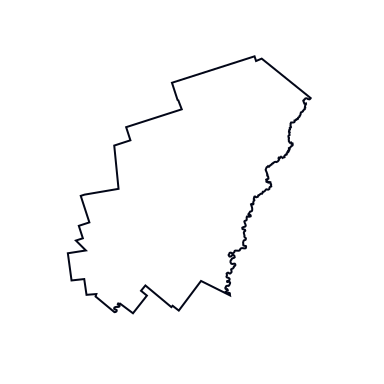 Salavina, Santiago del Estero, Argentina, rotated 252°
{"feature_id": "61730980B95866867056524", "entity_name": "Salavina", "entity_type": "district", "adm_level": 2, "iso_a3": "ARG", "parent_name": "Argentina", "parent_adm1": "Santiago del Estero", "projection": "albers", "projection_center": [-63.402, -28.927], "detail": "fine", "context": "isolated", "style": "outline", "palette": "ink", "viewbox_px": 384, "rotation_deg": 252, "n_neighbors": 0, "source": "geoboundaries", "source_scale": "gbopen_adm2", "svg_char_len": 6068}
<svg xmlns="http://www.w3.org/2000/svg" viewBox="0 0 384 384"><g transform="rotate(252 192 192)"><path d="M101.7,81.1L101.5,82.1L101.7,83.1L102.3,83.7L103.1,83.8L103.8,83.1L104.3,82.3L104.9,81.9L105.5,82.1L106.1,82.6L106.2,83.7L106.0,85.1L105.6,85.8L105.4,87.0L105.7,87.7L106.5,88.0L107.1,87.9L107.6,86.9L108.2,86.7L108.8,87.4L108.0,88.3L108.1,89.1L94.9,98.4L107.4,117.1L113.8,113.0L117.5,118.8L88.9,136.8L89.8,138.4L83.3,142.8L104.6,173.1L81.9,196.2L82.7,196.3L83.2,196.6L84.2,196.6L84.5,196.2L84.7,195.8L84.8,194.8L85.3,193.3L85.7,192.9L86.2,192.9L86.7,193.1L86.8,193.7L87.1,194.5L87.2,195.6L87.9,195.7L88.4,195.6L88.8,195.4L88.9,194.9L89.3,194.2L89.6,194.0L90.3,194.0L90.7,194.2L91.0,194.8L91.6,195.0L91.9,195.5L92.0,196.5L91.6,197.2L91.4,197.8L91.9,198.7L92.5,199.1L93.1,199.8L93.9,200.2L94.6,200.1L95.1,199.6L95.3,198.9L95.4,198.0L95.8,197.6L96.4,197.9L96.4,199.4L96.7,200.3L96.9,200.5L97.6,200.9L98.3,200.7L99.0,200.3L99.7,199.1L100.2,198.7L100.8,198.6L101.6,199.2L102.1,199.6L103.7,199.7L104.1,200.4L104.2,200.8L104.1,201.4L103.9,201.8L103.4,202.0L103.0,202.3L102.7,203.3L103.2,204.3L103.7,204.9L104.8,205.2L105.8,205.2L106.3,205.3L106.6,206.3L106.6,207.1L107.4,208.5L108.1,208.7L108.5,209.3L108.5,210.0L109.1,210.7L109.9,210.8L110.5,210.6L110.8,210.1L110.9,209.2L111.0,208.7L111.1,208.0L111.7,207.2L113.3,206.9L113.9,207.1L114.6,207.4L115.2,208.0L115.3,208.4L116.1,209.2L116.4,209.9L116.4,211.6L116.7,212.4L118.2,212.6L118.8,212.3L119.2,212.0L119.5,211.5L119.5,210.9L119.4,210.4L119.0,210.0L118.8,209.3L118.8,208.1L119.1,207.7L120.4,207.3L120.9,207.4L121.2,207.8L121.8,208.5L122.4,208.9L122.5,209.5L122.2,210.4L121.6,210.8L121.2,211.5L121.2,212.2L121.4,213.1L121.9,213.8L122.5,214.1L122.8,214.5L122.9,215.1L121.8,218.0L121.7,219.1L121.9,219.5L122.5,219.9L122.8,220.4L123.2,220.9L123.2,222.1L122.8,223.2L122.4,223.9L122.0,225.0L122.0,225.7L122.6,226.2L123.1,226.5L124.0,226.5L124.4,225.6L125.3,224.4L125.9,224.4L127.5,224.9L128.2,225.0L129.4,225.8L129.9,226.3L130.0,228.1L130.8,228.8L131.5,228.9L132.6,228.1L133.8,228.1L134.4,228.5L136.8,228.6L137.3,228.7L138.0,229.2L138.4,230.2L138.7,230.7L139.6,230.7L139.9,230.5L140.6,229.3L141.2,228.6L142.4,228.7L142.6,229.0L142.7,229.6L142.7,231.2L142.7,231.9L143.0,232.4L143.7,232.8L144.3,232.8L144.9,232.8L146.7,232.6L147.8,232.7L148.1,233.0L148.2,233.6L148.3,235.0L148.8,235.5L150.9,236.1L151.4,236.4L151.7,236.7L151.4,237.4L151.2,237.7L151.0,238.3L150.8,238.8L150.7,240.2L151.0,240.5L151.7,240.5L152.1,240.4L152.4,240.0L152.6,239.3L152.8,238.8L153.3,238.7L153.7,239.0L153.9,239.7L154.5,240.1L155.4,241.3L155.3,242.7L155.6,243.3L156.3,243.7L157.5,244.1L158.6,244.3L160.3,244.3L161.4,244.3L162.1,244.3L162.2,244.6L162.2,245.1L161.4,245.9L161.4,246.5L162.0,246.9L162.9,246.9L164.3,247.7L164.4,248.1L164.9,248.8L165.6,248.8L165.8,248.6L166.1,248.5L166.5,248.7L167.2,249.1L168.3,249.9L168.3,250.4L168.2,250.7L168.0,250.9L167.3,251.1L167.1,251.6L167.1,253.1L168.1,253.8L168.4,254.1L168.4,254.6L168.2,254.9L168.7,255.7L168.9,256.4L169.1,257.0L169.0,258.0L168.8,258.1L169.1,258.6L169.6,259.0L170.0,259.1L170.3,259.4L170.0,259.9L170.3,261.1L170.6,261.8L171.5,263.1L171.5,263.8L171.0,264.5L170.7,265.1L170.7,265.6L171.0,266.5L172.1,267.0L172.5,267.3L172.7,267.7L172.7,268.5L172.8,269.1L173.5,269.2L174.1,269.2L174.4,269.5L174.9,269.6L175.2,269.6L175.8,269.1L176.5,269.5L177.1,269.6L177.3,269.2L177.4,268.8L177.9,268.3L177.8,267.9L177.5,267.4L178.1,267.2L178.2,266.6L178.6,266.0L179.0,266.0L179.2,266.4L179.5,266.7L180.0,266.6L180.4,266.3L180.8,266.3L181.0,266.7L180.8,268.0L181.1,268.3L181.1,268.8L181.6,269.0L182.4,269.0L183.3,269.2L183.7,269.0L184.2,268.6L184.8,268.7L184.8,269.0L185.4,269.2L186.2,269.1L187.8,269.1L188.4,269.0L190.3,268.9L190.8,269.2L191.2,269.6L191.9,270.1L192.5,270.7L192.5,271.2L193.1,272.3L192.7,272.5L192.2,272.9L192.6,273.7L193.1,274.3L193.1,274.9L193.5,275.5L193.5,276.2L194.1,276.7L194.2,277.1L194.2,278.1L194.7,278.4L194.8,279.2L195.0,280.1L194.8,281.0L194.4,281.5L194.5,282.8L195.0,283.8L195.7,284.3L195.8,284.8L196.7,285.1L196.9,285.6L197.5,285.3L197.7,285.0L198.0,285.4L197.7,286.0L197.6,286.7L198.0,287.5L197.5,287.7L197.0,288.2L196.9,288.6L196.4,288.8L196.7,289.5L196.5,290.1L196.5,290.7L197.4,290.8L197.8,291.1L198.1,291.9L198.5,292.3L198.6,292.6L198.3,293.1L198.4,293.7L199.1,293.9L199.6,294.1L199.9,295.0L200.3,295.1L200.1,295.6L200.4,296.1L201.5,296.1L201.7,296.4L201.5,296.7L201.4,297.2L202.1,297.6L202.6,298.1L203.2,297.9L203.4,297.6L203.8,297.7L203.9,298.1L203.7,298.7L204.0,299.4L204.4,299.7L204.8,300.3L204.8,300.7L205.0,301.3L205.2,301.6L205.2,301.9L205.6,302.3L206.2,302.3L206.5,302.6L207.2,302.6L207.2,301.5L207.6,301.5L208.5,301.5L208.5,300.4L208.8,300.2L209.1,300.2L209.9,299.9L210.6,299.8L211.3,300.2L212.0,300.2L212.7,300.4L213.0,300.8L213.8,301.0L214.6,300.7L215.7,301.2L215.9,301.6L215.9,302.0L216.0,302.4L217.0,302.6L218.0,302.7L218.6,303.4L218.9,303.2L219.3,302.8L220.0,303.1L220.4,303.4L221.1,303.8L221.1,304.5L221.8,304.7L222.7,304.7L223.0,305.1L222.9,305.5L222.8,305.8L223.1,306.2L224.8,306.2L225.8,306.7L226.5,306.8L227.5,307.7L227.5,307.8L227.2,308.3L227.0,309.3L226.8,309.9L226.8,310.9L227.4,311.5L228.3,311.6L228.3,312.0L228.3,312.8L228.7,313.2L228.9,313.8L228.6,314.0L228.9,314.5L228.7,315.1L229.0,315.6L229.7,315.7L230.1,316.4L230.2,317.2L230.8,317.9L231.3,318.0L231.4,318.4L232.1,319.2L232.9,319.4L233.4,319.8L234.0,320.1L234.0,320.8L234.3,322.1L234.7,322.3L234.7,322.7L235.2,323.1L235.4,323.4L235.7,324.1L235.8,324.7L236.3,324.7L236.8,325.1L236.9,325.4L237.2,325.4L237.3,325.8L238.6,325.9L239.7,326.8L240.5,327.7L241.0,327.7L240.7,326.7L241.4,326.1L241.9,326.2L243.7,326.0L244.5,326.1L244.5,326.7L245.2,327.2L245.3,327.9L245.9,328.6L245.9,329.2L245.6,330.1L245.2,330.6L244.5,331.0L243.8,332.4L244.1,333.3L244.6,333.9L297.3,299.5L296.8,293.4L301.7,293.4L302.1,206.7L284.0,206.7L283.4,207.3L273.8,207.8L274.0,149.4L260.2,149.4L260.2,132.4L217.7,123.1L222.7,89.0L222.7,85.0L194.8,85.0L194.8,73.9L181.7,73.9L181.7,66.6L169.2,73.0L172.1,55.0L145.1,50.1L142.5,62.6L126.8,59.9L124.5,69.5L122.4,68.0L101.7,81.1Z" fill="none" stroke="#020617" stroke-width="2"/></g></svg>